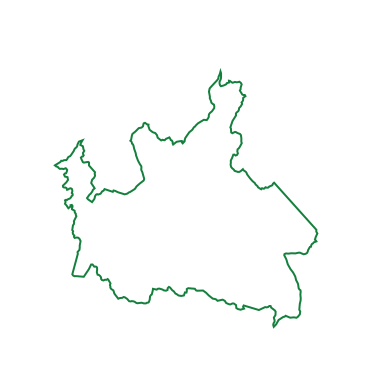 outline of Jequié, Bahia, Brazil, rotated 197°
{"feature_id": "56859067B57487356001023", "entity_name": "Jequié", "entity_type": "district", "adm_level": 2, "iso_a3": "BRA", "parent_name": "Brazil", "parent_adm1": "Bahia", "projection": "natural_earth1", "projection_center": [-40.087, -13.948], "detail": "fine", "context": "isolated", "style": "outline", "palette": "green", "viewbox_px": 384, "rotation_deg": 197, "n_neighbors": 0, "source": "geoboundaries", "source_scale": "gbopen_adm2", "svg_char_len": 5981}
<svg xmlns="http://www.w3.org/2000/svg" viewBox="0 0 384 384"><g transform="rotate(197 192 192)"><path d="M265.9,223.0L264.9,222.7L264.1,221.9L263.5,220.7L262.4,220.3L261.5,219.2L259.8,216.2L257.2,212.7L256.1,210.5L252.8,206.2L249.9,203.3L248.1,201.9L247.4,200.3L247.3,199.1L246.6,197.8L245.4,196.6L241.5,190.5L241.6,188.8L244.5,184.7L246.7,181.1L247.4,178.5L248.1,177.5L251.3,173.8L252.4,173.0L253.2,171.7L255.6,170.1L262.4,170.1L266.0,170.6L267.5,170.5L267.8,169.0L276.5,169.2L276.9,167.5L278.1,166.3L278.9,163.7L281.0,162.1L282.1,162.2L283.0,161.4L283.5,159.7L283.3,157.0L284.6,153.1L289.3,154.6L290.6,155.5L289.2,159.7L288.5,160.5L287.5,163.3L287.4,164.9L286.2,167.1L291.0,171.1L291.1,174.6L289.9,176.8L289.5,178.5L289.6,179.6L290.4,181.0L290.5,182.5L298.2,187.2L299.1,190.1L300.1,190.4L304.0,188.5L305.0,188.6L307.1,190.8L308.3,192.4L307.6,193.7L306.7,194.1L306.3,195.4L307.2,196.3L307.7,197.5L307.0,199.8L308.2,201.0L309.7,203.8L312.6,204.4L312.6,206.0L311.8,209.5L314.9,207.1L315.4,203.9L315.2,202.7L315.5,201.1L316.4,199.8L316.9,198.5L317.1,196.5L318.5,191.9L319.0,190.7L320.4,189.4L320.8,188.3L320.9,187.1L321.5,185.8L323.7,185.0L324.7,184.0L326.2,183.6L326.6,182.3L330.9,177.4L329.3,176.7L327.9,176.8L326.4,175.9L325.2,175.5L323.0,176.3L321.7,176.3L319.7,177.8L318.6,177.2L317.8,176.6L317.7,174.9L317.9,173.1L319.1,172.4L319.5,171.2L318.0,169.6L315.4,169.8L314.1,167.3L315.0,164.5L317.3,160.3L316.7,159.1L315.6,158.9L314.2,159.3L313.1,159.0L312.1,157.6L311.0,158.4L310.3,159.4L309.1,160.1L307.8,159.8L307.0,158.7L306.6,157.4L306.7,155.9L305.5,155.1L305.2,153.8L305.9,153.0L306.1,151.5L306.9,150.0L308.3,149.0L309.2,147.8L310.2,147.7L311.0,146.9L310.0,145.6L310.0,143.6L308.2,142.6L305.5,140.3L303.9,142.6L304.3,143.9L303.2,144.5L302.2,143.7L301.9,142.6L302.1,141.5L301.7,140.4L298.8,139.8L298.0,138.0L296.9,137.4L296.4,136.1L295.5,135.1L296.4,129.5L295.8,128.3L295.6,126.4L296.1,125.4L295.4,120.6L294.2,119.7L294.2,118.3L293.5,117.0L291.7,115.8L291.8,114.6L290.8,113.8L288.8,114.8L287.5,115.0L286.0,114.4L284.2,112.5L283.7,107.8L283.2,106.4L282.7,103.8L283.9,101.1L283.1,99.5L282.4,78.3L281.3,77.4L279.7,77.1L278.5,77.6L270.7,79.3L268.0,88.3L267.3,93.1L265.9,93.6L263.6,92.0L262.1,92.6L260.8,92.1L260.0,90.0L259.6,87.5L258.1,85.3L256.7,85.4L255.1,84.7L254.0,83.7L253.5,82.3L252.4,81.5L250.9,81.5L249.5,82.7L248.1,83.0L247.2,84.1L246.2,83.5L243.2,80.7L243.3,79.0L242.5,78.0L242.1,76.6L240.8,75.6L238.4,74.9L236.5,72.1L231.3,68.4L230.0,69.5L227.7,70.4L226.8,71.5L225.6,71.7L222.7,70.8L220.2,69.2L218.7,69.4L217.6,70.1L216.0,70.3L214.8,70.3L212.7,69.6L211.6,69.7L207.8,71.4L205.4,71.4L203.5,72.0L202.7,72.9L201.7,73.3L201.0,74.4L201.0,76.9L201.6,79.8L201.2,81.4L200.5,82.2L200.7,86.2L201.0,88.0L197.2,88.3L196.5,89.4L194.9,90.1L191.6,90.1L190.0,89.7L188.1,90.0L186.8,91.0L187.1,93.0L186.3,94.5L185.0,94.2L182.2,92.3L180.4,91.7L178.1,90.0L176.9,89.9L174.7,89.1L172.0,89.4L169.5,90.7L169.4,93.9L167.9,94.2L168.0,95.7L168.6,97.7L167.5,98.9L161.0,100.3L159.4,99.1L158.2,99.1L152.7,101.0L149.1,99.8L145.8,98.0L141.0,96.1L138.9,96.4L137.5,96.3L135.8,95.4L131.2,98.0L128.8,97.5L126.8,95.8L123.4,95.5L122.3,95.8L120.8,97.2L119.4,97.6L116.8,96.7L115.7,94.0L114.0,93.5L111.2,93.6L108.1,95.7L109.6,97.1L109.4,98.6L93.5,98.7L88.4,103.3L86.9,103.5L85.6,104.3L84.7,105.6L83.5,105.9L82.5,104.6L78.2,103.0L77.0,102.0L76.2,98.6L77.0,95.9L76.5,94.8L75.7,93.9L75.1,92.1L75.6,90.3L75.5,88.7L74.4,87.0L72.8,90.1L71.8,94.9L68.2,99.2L66.9,99.9L66.3,101.0L61.4,100.5L58.0,101.9L55.3,102.3L54.3,103.6L53.1,106.5L53.6,109.4L55.0,110.9L56.2,116.6L56.4,119.8L56.9,122.0L58.4,125.7L58.9,128.4L59.6,129.8L60.8,130.2L61.9,131.2L63.6,134.9L64.6,136.1L66.7,138.2L68.5,141.3L71.7,144.5L75.2,147.0L79.2,150.8L82.2,155.3L85.3,158.5L85.4,159.7L84.2,160.7L81.6,161.3L79.3,162.4L75.2,163.5L72.2,165.2L71.1,165.5L67.0,165.1L65.4,166.0L64.3,167.1L63.9,168.7L64.0,170.3L63.2,173.9L62.2,174.5L62.4,176.0L62.0,177.5L61.2,178.3L60.8,179.5L58.6,181.1L59.4,181.8L60.5,182.3L60.5,185.3L60.0,189.0L61.6,190.5L62.0,192.2L116.2,224.9L117.0,223.6L117.2,221.9L119.6,219.9L120.4,218.5L121.6,218.0L123.1,218.0L123.8,216.5L124.8,216.0L126.1,216.1L126.7,214.8L130.2,215.8L131.0,216.7L133.4,217.8L134.5,218.9L137.3,220.1L140.4,222.0L144.4,224.9L145.2,226.0L146.4,227.0L149.2,227.9L150.0,228.7L151.6,226.1L152.6,225.1L154.0,224.6L157.5,224.7L158.5,225.6L160.8,226.6L162.0,227.5L163.1,229.5L163.4,231.4L164.1,233.4L163.6,236.4L163.4,239.8L162.3,240.2L161.1,239.6L159.9,240.4L159.4,242.3L160.5,244.0L160.9,246.1L160.0,247.5L159.5,249.1L158.7,253.3L159.5,254.4L160.5,257.8L161.8,260.6L163.0,261.5L165.9,261.7L167.3,262.1L168.5,262.0L170.6,260.0L171.9,260.4L173.3,264.0L174.2,265.0L174.0,271.9L172.3,278.0L172.9,279.7L172.7,280.9L171.4,282.8L171.2,284.4L171.5,286.1L170.5,288.0L169.8,290.9L170.8,292.2L170.2,293.3L170.0,295.0L170.6,296.9L168.9,299.3L169.9,300.2L171.0,299.8L172.4,299.9L175.9,303.0L175.6,304.5L176.0,306.1L176.0,309.5L177.3,310.7L178.9,311.3L180.3,310.4L181.7,309.9L183.1,309.8L185.0,308.4L186.1,308.5L188.2,309.3L189.2,309.2L188.6,307.5L190.6,306.2L190.7,305.1L192.9,303.1L195.3,301.6L196.3,302.2L197.3,303.6L197.9,305.5L197.5,308.1L197.6,309.6L198.9,314.0L200.0,315.6L199.9,313.2L200.3,309.9L200.0,308.1L200.6,306.3L205.0,297.2L205.4,296.1L205.1,292.9L202.7,288.3L202.4,286.9L200.4,284.5L199.6,283.1L198.0,282.3L196.6,282.0L195.7,280.4L195.3,278.7L196.5,275.0L197.9,272.9L198.4,271.5L198.4,270.4L197.9,268.7L198.2,267.1L198.9,265.1L201.8,264.5L206.3,259.5L207.7,257.0L208.3,255.4L209.1,254.5L209.9,251.6L212.1,248.3L214.2,241.7L214.2,240.1L213.9,238.3L215.1,235.8L216.2,236.5L216.2,237.7L217.3,237.6L221.4,235.5L223.9,231.9L224.7,232.8L225.1,234.1L226.2,235.3L227.5,235.5L228.5,236.7L229.6,237.6L232.3,235.3L233.3,233.5L235.5,233.3L236.6,232.3L240.7,233.9L242.1,236.1L244.3,237.6L247.1,237.7L250.7,239.1L253.1,242.4L253.3,243.7L254.5,243.5L257.2,244.4L258.3,243.5L258.1,240.4L259.0,238.9L261.6,237.5L263.9,233.1L265.9,230.2L266.0,228.6L265.5,224.4L265.9,223.0Z" fill="none" stroke="#15803d" stroke-width="2"/></g></svg>